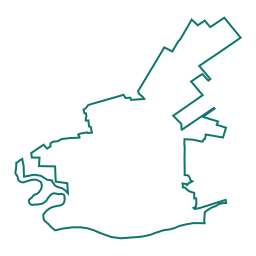 Turnu Magurele, Teleorman, Romania (Robinson projection)
{"feature_id": "2599482B11362496052872", "entity_name": "Turnu Magurele", "entity_type": "district", "adm_level": 2, "iso_a3": "ROU", "parent_name": "Romania", "parent_adm1": "Teleorman", "projection": "robinson", "projection_center": [24.842, 43.779], "detail": "fine", "context": "isolated", "style": "outline", "palette": "teal", "viewbox_px": 256, "rotation_deg": 0, "n_neighbors": 0, "source": "geoboundaries", "source_scale": "gbopen_adm2", "svg_char_len": 4224}
<svg xmlns="http://www.w3.org/2000/svg" viewBox="0 0 256 256"><path d="M223.0,137.5L226.0,127.7L216.7,124.8L218.1,121.5L209.4,118.9L202.9,116.8L214.6,108.6L214.0,107.9L181.9,129.7L181.6,129.3L181.3,123.9L173.2,115.7L202.7,95.2L191.1,81.5L202.3,74.0L208.3,80.6L210.3,79.1L203.9,71.4L199.2,65.9L210.0,58.6L213.2,56.5L227.0,47.1L233.1,42.9L240.6,37.7L239.8,36.7L224.7,18.2L224.3,17.7L221.8,19.4L213.7,24.8L210.2,27.1L204.7,20.6L197.8,25.3L192.4,20.3L191.7,19.6L187.6,26.8L185.4,30.5L180.3,39.3L178.4,41.1L172.3,51.5L168.3,49.4L164.3,47.4L156.8,60.0L138.1,91.1L138.8,93.6L142.7,96.9L144.3,98.9L143.9,99.0L132.2,99.8L131.1,99.9L130.4,97.7L125.6,98.0L123.4,94.8L120.0,95.9L91.9,103.9L88.2,105.0L86.3,107.5L84.8,108.9L83.4,109.8L84.5,113.3L85.9,113.3L86.2,114.7L86.4,116.5L85.8,118.3L85.8,120.6L88.5,120.5L88.7,123.2L89.1,126.5L90.3,126.7L91.1,127.4L91.2,129.3L91.9,132.6L87.7,133.0L87.1,132.4L86.8,132.4L79.8,133.7L78.2,134.6L79.4,136.6L79.5,137.6L69.5,138.1L61.5,139.1L59.7,140.1L57.9,141.2L56.9,141.3L55.2,141.5L54.4,141.6L53.7,141.5L53.1,141.7L52.0,142.3L51.4,142.6L51.1,142.9L50.8,143.1L50.7,143.4L50.5,143.8L50.5,144.5L50.5,145.1L50.7,146.1L50.4,146.5L49.7,146.9L47.1,148.6L44.7,146.0L43.7,144.7L42.2,145.6L36.8,149.3L34.0,151.2L32.6,152.1L31.2,153.1L31.7,156.3L31.9,157.6L39.5,157.6L39.1,164.1L39.0,166.1L55.1,166.4L55.7,181.6L67.3,183.2L67.9,193.3L65.6,190.7L62.3,188.3L57.7,187.0L55.0,185.6L52.0,181.1L52.0,180.5L47.2,179.8L43.0,177.1L40.8,175.8L34.9,174.8L33.1,174.9L24.0,176.7L23.6,165.8L22.8,161.9L22.5,160.4L22.2,158.9L19.5,160.6L18.2,161.6L17.2,162.3L16.2,162.9L16.3,163.4L16.3,164.1L16.3,165.0L16.2,166.6L16.1,167.3L16.1,167.9L16.0,168.6L15.9,169.3L15.8,170.1L15.6,171.0L15.4,172.6L15.5,173.0L15.9,174.2L16.0,174.4L16.3,174.7L16.7,175.2L17.3,176.0L17.4,176.4L17.6,176.9L17.8,178.1L18.2,179.4L18.4,179.9L18.5,180.2L18.8,180.5L19.0,180.7L19.7,181.3L20.2,181.6L20.7,181.8L21.4,182.1L21.8,182.2L22.3,182.3L22.8,182.3L23.5,182.3L24.5,182.0L28.0,180.9L30.6,180.2L32.7,179.8L34.2,179.7L35.2,179.7L35.9,179.7L36.6,179.9L38.4,180.6L39.4,181.1L40.4,181.7L41.0,182.5L41.4,183.6L41.8,184.9L41.8,185.6L41.7,186.7L41.6,187.4L41.4,188.2L40.9,189.4L38.8,192.3L38.2,192.9L37.6,193.4L36.2,194.1L35.3,194.5L34.4,194.8L33.6,195.3L33.1,195.8L32.4,196.8L31.9,197.4L30.8,198.4L30.3,198.8L29.7,199.1L29.4,199.4L29.1,199.9L28.9,200.3L28.9,200.8L28.9,201.3L29.0,202.0L29.6,203.2L30.2,204.0L30.6,204.4L31.0,204.7L31.4,204.8L32.0,204.9L32.7,204.9L34.1,204.6L35.8,204.5L37.4,204.5L39.4,204.2L42.0,203.7L42.7,203.5L43.7,202.8L45.2,201.7L46.4,200.7L47.1,199.6L48.3,197.6L49.1,196.7L49.8,195.8L50.7,194.9L51.5,194.3L52.3,193.8L52.9,193.5L53.7,193.3L54.4,193.3L56.9,193.8L57.2,193.9L57.5,194.0L57.9,194.0L58.6,194.1L59.1,194.2L59.9,194.1L61.2,193.9L61.8,193.9L62.2,194.0L63.0,194.3L63.6,194.6L64.0,194.9L64.2,195.3L64.3,195.5L64.4,196.2L64.5,197.1L64.6,198.5L64.7,199.3L64.6,200.3L64.3,201.4L64.0,202.2L63.7,203.1L63.3,203.6L62.8,204.1L62.1,204.6L61.5,205.0L60.5,205.3L59.1,205.7L58.3,205.7L56.9,206.0L53.9,206.7L52.3,207.1L51.3,207.6L50.0,208.2L48.8,209.0L47.6,209.9L46.1,211.1L45.7,211.6L45.1,212.5L44.5,213.2L44.1,213.6L43.7,213.9L43.5,214.1L43.4,214.5L43.4,214.9L43.3,215.6L43.4,217.2L43.6,218.6L44.1,220.1L45.0,221.1L45.8,221.8L46.8,222.7L48.4,224.0L51.0,226.9L55.0,230.3L56.9,230.0L62.6,228.6L72.6,227.3L80.6,227.3L87.5,228.3L93.9,230.3L99.9,232.9L106.0,235.1L111.2,237.0L120.8,238.3L132.6,237.4L139.3,236.9L143.6,236.3L149.0,235.1L150.5,234.8L155.5,232.8L164.1,230.1L169.8,229.4L174.5,228.1L179.3,226.0L185.1,224.6L186.6,224.3L193.2,223.1L204.6,223.2L204.2,220.9L204.8,212.2L208.3,209.6L212.1,207.4L215.8,206.0L218.9,204.1L222.2,203.2L226.2,202.9L225.6,199.9L199.6,208.1L194.7,209.0L194.1,208.5L193.5,207.9L195.9,206.6L195.9,204.7L196.4,204.4L196.2,200.1L196.1,198.3L194.2,198.3L194.2,195.6L194.2,192.9L191.8,192.2L188.9,191.1L184.8,187.6L182.9,187.4L182.6,183.5L184.9,183.9L186.2,183.9L186.9,185.1L187.6,184.6L188.3,183.7L188.9,182.9L190.8,182.4L192.4,181.3L190.6,180.5L190.3,179.5L189.4,177.1L188.3,175.5L184.6,175.0L184.7,172.5L184.6,164.3L184.5,157.2L184.7,149.6L184.6,145.3L184.3,144.7L184.5,139.2L192.3,139.6L202.6,141.7L203.7,139.4L204.7,139.2L205.4,136.8L205.8,134.5L223.0,137.5Z" fill="none" stroke="#0f766e" stroke-width="2"/></svg>